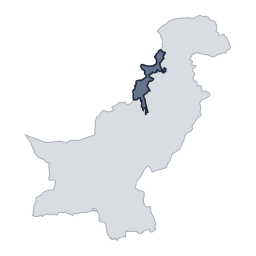 location of F.A.T.A. within Pakistan
{"feature_id": "PAK-1112", "entity_name": "F.A.T.A.", "entity_type": "Territory", "adm_level": 1, "iso_a3": "PAK", "parent_name": "Pakistan", "parent_adm1": "", "projection": "equal_earth", "projection_center": [70.829, 33.002], "detail": "fine", "context": "in_parent", "style": "filled", "palette": "slate", "viewbox_px": 256, "rotation_deg": 0, "n_neighbors": 0, "source": "natural_earth", "source_scale": "10m", "svg_char_len": 8483}
<svg xmlns="http://www.w3.org/2000/svg" viewBox="0 0 256 256"><path d="M226.8,37.8L230.5,46.9L229.9,48.9L227.3,50.4L226.2,52.3L225.0,53.1L223.2,52.8L219.7,54.2L218.1,54.2L214.0,57.0L210.8,56.4L207.5,54.7L204.5,54.6L196.4,52.6L192.2,54.5L190.1,59.0L190.3,59.9L191.8,60.5L192.4,61.4L192.5,62.1L191.6,64.0L192.1,65.0L195.9,65.5L195.9,66.2L195.5,67.2L192.8,68.8L192.5,69.9L192.9,71.4L194.8,73.5L194.4,75.6L192.9,77.9L193.0,78.8L194.6,80.7L196.8,82.1L197.2,84.3L196.9,85.1L197.5,85.8L201.4,86.0L201.2,88.5L201.7,90.5L203.0,91.1L205.5,91.0L208.7,92.5L210.0,94.1L209.9,95.1L209.0,96.4L202.5,99.6L200.2,101.8L199.7,103.6L200.8,107.8L199.9,112.5L200.2,113.4L201.1,113.7L201.4,115.0L198.2,117.4L197.7,117.4L193.6,123.8L192.2,125.2L192.0,126.6L192.7,128.8L191.1,131.0L185.7,133.7L183.8,140.3L179.7,149.2L172.5,153.9L171.9,154.9L169.8,160.9L167.5,163.8L166.5,167.5L162.3,169.1L157.7,169.7L153.7,171.8L152.7,171.8L151.3,170.8L150.5,167.9L148.7,166.4L147.6,166.4L144.3,169.4L141.0,175.9L136.4,182.0L135.5,187.5L136.0,188.5L138.9,190.5L143.1,191.4L144.2,192.6L144.0,197.7L143.3,200.2L143.6,203.0L145.7,206.5L148.1,207.0L149.7,206.5L150.7,207.2L150.8,211.5L153.7,217.7L155.9,224.3L155.0,225.5L154.9,226.3L155.0,227.8L155.9,228.8L155.9,229.3L153.8,230.3L152.8,231.7L151.6,232.1L149.8,231.4L149.4,229.0L148.6,229.1L143.5,231.3L142.5,233.0L139.7,233.4L138.5,233.3L136.5,231.5L127.9,231.2L126.9,231.7L126.3,230.8L125.6,231.7L125.5,236.9L122.5,236.9L119.8,237.6L118.2,238.8L117.5,240.6L116.5,239.0L115.4,239.3L114.2,238.0L113.7,239.3L111.7,239.6L111.4,237.7L110.3,238.4L109.6,237.4L109.2,236.0L107.8,234.7L107.1,233.3L106.8,229.9L105.4,223.1L104.4,222.5L99.3,221.3L99.0,220.1L99.3,214.9L97.6,212.2L97.2,210.4L95.8,208.8L94.5,208.3L93.1,208.5L92.0,210.2L94.9,210.0L96.3,211.1L93.3,210.7L88.7,211.5L86.1,212.6L82.5,212.3L78.0,213.4L74.3,213.5L72.7,215.6L71.2,214.7L66.2,213.0L65.0,211.8L63.3,212.9L60.6,212.1L58.4,212.7L57.6,213.6L57.5,215.1L53.4,214.4L51.3,214.9L46.8,214.2L45.6,214.4L42.2,216.5L40.7,214.9L39.2,216.1L36.9,216.5L34.7,216.4L32.4,215.6L33.1,213.8L33.9,205.7L35.2,204.1L36.1,198.5L36.5,197.5L39.7,195.9L40.2,195.0L41.7,195.2L42.7,192.9L44.4,191.7L48.9,190.2L53.7,190.1L54.2,186.9L55.0,186.2L55.0,182.7L55.8,181.9L55.8,181.5L55.2,180.5L54.1,179.7L50.8,180.3L48.9,179.8L48.9,177.9L49.6,175.5L48.9,166.8L49.2,162.6L46.7,162.8L44.1,159.7L38.2,157.4L34.9,153.2L31.5,145.1L31.3,143.3L25.5,135.0L46.2,142.7L60.2,141.2L66.9,143.0L67.9,141.8L70.8,140.4L79.7,140.1L94.3,134.9L95.4,133.1L94.6,131.9L94.5,130.7L95.4,127.1L95.3,122.3L96.1,119.0L96.7,117.1L99.3,115.3L101.1,112.3L102.3,111.2L103.5,110.5L104.8,110.6L105.9,111.5L108.1,111.9L110.2,111.7L113.9,109.8L113.8,109.2L112.1,108.0L111.9,107.1L112.5,106.5L113.9,106.4L117.5,104.2L119.3,102.1L122.9,102.9L124.8,102.1L127.1,104.7L128.2,104.9L131.0,103.2L133.5,99.8L133.0,91.5L135.1,87.3L135.1,85.9L135.7,84.8L136.4,81.6L137.2,80.9L138.9,80.4L141.6,80.1L145.9,77.1L146.2,75.8L144.4,71.6L141.0,67.0L141.3,65.2L142.6,64.4L146.8,65.9L150.9,66.1L155.9,64.5L156.4,63.3L156.4,59.2L154.8,56.5L156.0,55.4L158.9,50.9L160.9,49.3L162.9,45.7L162.0,44.0L162.7,42.0L162.3,39.7L161.6,38.9L160.5,35.0L159.4,33.3L157.5,31.6L158.1,30.3L162.9,25.1L164.7,25.2L165.3,24.3L168.7,21.9L169.5,20.8L175.2,18.7L181.3,18.1L189.3,17.8L192.6,18.8L199.5,15.4L200.6,15.4L203.1,16.7L205.1,16.2L206.2,16.4L208.7,17.4L209.8,20.2L210.2,20.4L211.6,19.9L212.7,20.2L215.5,22.5L216.7,26.0L216.7,29.5L215.9,30.8L216.0,31.5L218.0,32.6L219.0,35.1L220.3,35.4L224.0,34.1L224.2,36.0L226.8,37.8Z" fill="#d9dde1" stroke="#a8b0b8" stroke-width="1"/><path d="M155.8,56.2L156.0,56.0L156.2,55.7L156.2,55.3L156.1,54.6L156.1,54.3L156.2,54.1L157.1,53.4L157.6,53.1L157.7,52.9L158.4,51.9L158.6,51.3L158.8,50.8L159.3,50.4L160.8,49.8L161.0,50.2L161.4,50.7L161.7,50.9L162.2,51.0L162.4,51.9L162.4,52.1L162.7,52.4L162.9,52.5L163.0,52.5L163.6,52.2L163.9,52.1L164.3,52.1L164.7,52.3L164.9,52.3L165.0,52.4L165.2,52.7L165.2,52.8L164.8,53.1L164.7,53.2L164.7,53.4L164.7,53.7L164.7,54.4L164.4,54.6L164.2,54.5L163.8,54.9L163.7,55.0L163.5,55.7L163.5,56.0L163.2,56.4L163.4,57.0L163.4,57.4L163.4,57.6L163.6,57.6L163.9,58.0L163.6,58.2L163.4,58.3L163.4,58.6L163.4,58.8L163.2,58.9L163.0,59.2L163.0,59.4L162.8,59.4L162.7,59.3L162.6,59.2L162.2,59.6L162.2,59.8L161.9,60.1L161.9,60.3L161.8,60.6L161.9,60.9L161.5,61.3L161.4,61.5L160.7,62.1L160.5,62.3L159.6,62.6L159.5,62.8L159.5,63.0L159.8,63.2L159.9,63.4L160.0,63.7L159.8,63.9L159.8,64.0L160.0,64.2L160.0,64.6L160.1,64.8L159.9,65.1L159.9,65.4L160.0,65.6L160.1,65.9L160.3,66.2L160.5,66.5L160.6,66.9L160.6,67.3L160.6,67.5L160.8,67.7L161.3,68.1L161.5,68.4L161.5,69.0L161.6,69.5L161.9,69.8L162.1,69.8L162.7,69.7L163.4,69.3L163.8,69.0L164.0,68.8L164.4,68.0L164.4,67.9L164.6,68.0L164.7,68.5L164.9,68.8L165.1,68.9L165.5,68.9L165.9,68.9L165.9,69.0L166.0,69.2L165.9,69.4L165.1,70.7L165.1,70.9L165.7,71.3L165.7,71.5L165.0,71.9L164.0,72.6L163.7,72.8L163.4,72.8L162.9,72.7L162.5,72.5L162.4,72.5L162.3,72.3L162.4,72.1L163.0,71.9L163.3,71.7L163.3,71.4L163.2,71.2L162.8,71.3L160.8,71.1L160.6,71.2L160.0,71.2L159.8,71.3L159.7,71.5L159.4,71.4L159.0,71.1L158.4,70.7L158.1,70.5L157.9,70.2L157.7,69.9L157.2,69.7L156.9,69.6L156.8,70.4L157.0,70.9L157.0,71.1L156.6,71.3L156.3,71.5L156.5,71.9L156.6,72.0L155.8,72.3L155.5,72.5L155.1,72.7L153.1,72.5L152.9,72.4L152.5,72.1L152.3,72.1L152.1,72.3L152.0,72.7L151.9,73.1L151.9,73.5L151.6,73.7L151.3,73.9L150.7,73.9L150.6,74.1L150.2,74.5L149.6,74.7L149.0,74.8L148.8,75.0L148.7,75.3L148.9,75.6L149.5,76.0L149.7,76.7L150.0,77.2L150.3,77.4L150.6,77.4L151.0,77.6L151.4,77.7L151.3,78.0L152.7,78.3L153.5,78.6L153.6,78.8L153.4,79.3L152.6,80.3L152.2,80.4L151.8,80.9L151.5,81.0L150.6,81.3L150.0,81.2L149.5,81.1L149.3,81.3L149.1,81.5L148.9,81.6L148.5,82.9L148.2,83.5L147.7,84.5L147.4,84.6L147.4,85.6L147.4,86.1L147.4,86.6L147.6,86.7L147.8,87.1L149.9,90.1L150.0,90.6L149.8,90.9L149.7,90.8L148.8,90.3L148.6,90.2L148.5,90.3L148.3,90.6L148.1,91.2L148.0,91.6L147.7,92.0L147.2,92.4L146.9,93.0L146.6,93.3L146.2,93.6L145.8,93.6L145.4,93.6L145.2,93.7L145.1,93.8L144.9,94.2L144.7,94.6L144.1,95.0L143.8,95.3L143.5,95.7L143.5,95.8L143.5,96.2L143.8,96.9L144.0,97.4L144.2,98.1L144.3,98.4L144.8,98.9L145.3,100.7L145.3,101.4L145.2,102.0L145.3,102.9L145.6,103.4L147.6,111.4L147.7,112.2L147.7,112.4L147.0,112.5L146.4,112.7L145.9,113.0L145.8,113.3L145.9,113.9L145.9,114.1L145.8,114.5L145.7,114.5L145.6,114.4L145.5,113.8L145.5,113.4L145.5,112.8L145.7,111.3L145.6,110.2L145.8,109.3L145.8,109.1L145.8,108.9L145.6,108.6L145.6,108.4L145.5,108.2L145.5,107.8L145.5,107.6L145.4,107.4L145.1,107.9L144.8,108.0L144.6,108.5L144.4,108.6L144.0,108.6L143.9,108.7L143.7,108.7L143.4,109.1L143.2,109.4L143.1,109.5L143.1,109.8L143.1,110.2L142.9,110.0L142.6,107.9L142.4,107.5L142.1,107.4L141.7,107.2L141.5,106.9L141.5,106.5L141.6,105.9L141.7,104.9L141.7,104.5L141.7,102.2L141.7,101.8L141.8,101.5L141.9,100.5L141.8,100.4L141.7,100.5L141.3,101.1L141.1,101.3L140.8,101.2L140.6,100.9L140.6,100.7L140.9,99.8L140.9,99.7L140.4,99.2L140.2,98.9L140.1,98.7L140.4,98.1L140.4,97.9L140.0,97.7L138.9,98.0L138.3,98.2L138.1,98.4L137.8,99.0L137.4,99.4L137.1,99.6L136.7,99.7L134.6,99.9L134.4,99.9L134.2,99.9L133.7,99.7L133.8,99.6L133.8,99.4L133.4,98.1L133.1,96.6L133.1,96.2L133.2,95.5L133.3,94.8L133.4,93.7L133.3,93.3L133.0,92.4L132.9,91.7L132.9,91.0L133.2,90.3L133.6,89.8L133.8,89.6L134.3,89.4L134.6,89.2L135.2,88.1L135.4,87.7L135.3,87.0L135.3,86.6L134.9,86.4L134.8,86.1L134.8,85.8L134.9,85.6L135.3,85.2L135.7,84.7L136.1,84.4L136.2,83.9L136.0,82.1L136.2,81.5L136.5,81.0L137.0,80.7L137.5,80.6L138.1,80.6L138.5,80.7L139.3,80.1L139.8,80.1L140.6,80.5L141.1,80.5L142.1,79.8L142.6,79.8L142.8,79.6L143.3,78.7L143.7,78.8L144.0,78.8L144.2,78.6L146.4,76.6L146.4,76.1L146.3,75.6L145.6,74.7L145.4,74.4L144.9,74.1L144.7,73.8L144.6,73.5L144.6,73.2L144.6,72.9L144.9,71.8L144.9,71.4L144.5,71.1L144.3,70.9L144.3,70.7L144.2,70.0L144.0,69.8L143.5,69.9L142.8,69.6L142.3,69.5L142.2,69.4L141.8,68.5L141.5,68.0L141.4,67.8L141.3,67.1L141.1,66.9L140.8,66.5L140.7,66.3L141.1,65.8L141.1,65.5L141.1,65.3L141.1,65.0L141.3,64.8L141.6,64.7L142.3,64.5L142.7,64.6L145.4,65.6L146.1,65.7L146.6,65.9L146.8,66.0L147.8,66.1L148.8,66.3L149.2,66.3L150.9,66.1L152.6,66.1L153.5,65.9L153.7,65.4L153.8,65.2L154.2,65.3L154.5,65.3L154.6,65.2L154.8,65.1L154.9,64.8L155.8,64.6L156.0,64.4L156.1,64.1L156.0,63.6L156.1,63.2L156.5,62.8L156.6,62.6L156.6,62.2L156.4,61.2L156.4,60.9L156.8,59.8L156.7,59.4L155.8,58.8L155.5,58.4L155.1,57.9L154.8,57.5L154.7,57.2L154.7,56.8L154.7,56.5L154.8,56.2L155.0,56.1L155.3,56.1L155.8,56.2Z" fill="#64748b" stroke="#1e293b" stroke-width="1.5"/></svg>